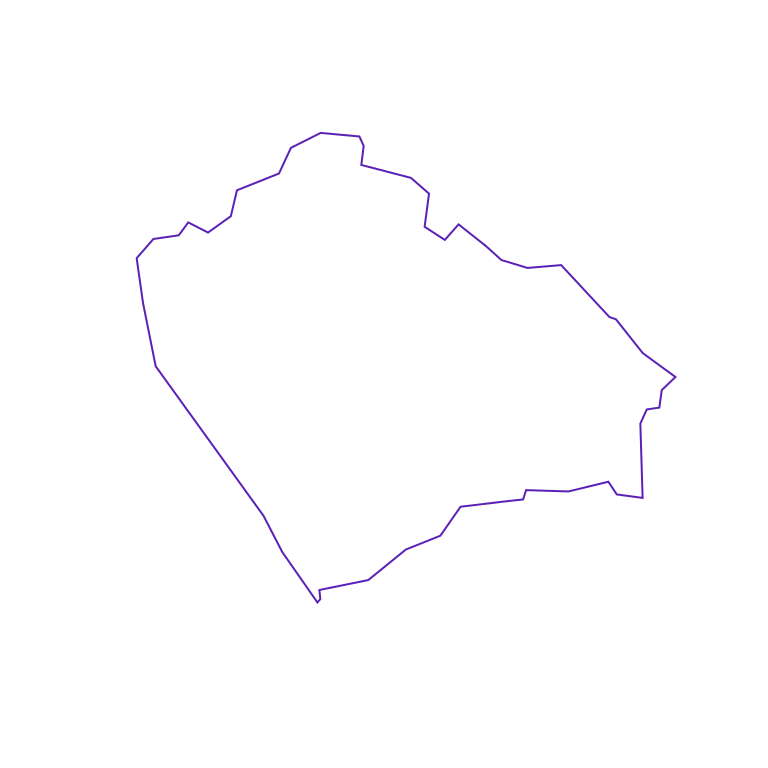 Union, South Carolina, United States of America (Albers equal-area conic projection), rotated 312°
{"feature_id": "52423323B84836072976250", "entity_name": "Union", "entity_type": "district", "adm_level": 2, "iso_a3": "USA", "parent_name": "United States of America", "parent_adm1": "South Carolina", "projection": "albers", "projection_center": [-81.587, 34.679], "detail": "fine", "context": "isolated", "style": "outline", "palette": "violet", "viewbox_px": 768, "rotation_deg": 312, "n_neighbors": 0, "source": "geoboundaries", "source_scale": "gbopen_adm2", "svg_char_len": 754}
<svg xmlns="http://www.w3.org/2000/svg" viewBox="0 0 768 768"><g transform="rotate(312 384 384)"><path d="M177.1,480.7L181.5,480.6L187.7,473.8L227.8,503.5L275.7,511.0L309.0,527.4L344.0,523.0L375.9,550.9L391.3,564.6L400.2,560.6L427.6,593.0L461.5,616.1L457.7,630.9L472.4,652.4L526.1,601.0L540.9,596.3L550.7,604.4L565.3,594.5L584.2,595.9L580.1,555.6L587.3,513.0L584.6,506.8L590.9,436.1L566.3,413.0L554.7,388.4L554.7,367.2L552.5,332.6L531.8,332.8L528.0,309.0L555.6,290.1L555.2,266.1L531.6,220.6L547.3,209.6L551.5,200.1L528.2,168.9L497.2,156.8L470.2,165.1L429.6,145.1L406.2,157.9L378.8,151.9L373.1,130.4L357.2,132.0L337.5,115.6L312.0,116.0L282.8,150.9L244.4,202.5L205.4,382.8L191.0,421.0L177.1,480.7Z" fill="none" stroke="#5b21b6" stroke-width="2"/></g></svg>